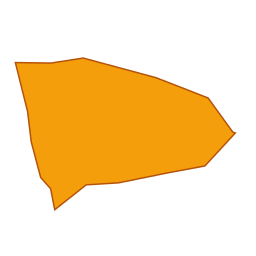 an SVG outline of Al Jifarah, rotated 85°
{"feature_id": "LBY-2973", "entity_name": "Al Jifarah", "entity_type": "Municipality", "adm_level": 1, "iso_a3": "LBY", "parent_name": "Libya", "parent_adm1": "", "projection": "equal_earth", "projection_center": [13.064, 32.491], "detail": "fine", "context": "isolated", "style": "filled", "palette": "amber", "viewbox_px": 256, "rotation_deg": 85, "n_neighbors": 0, "source": "natural_earth", "source_scale": "10m", "svg_char_len": 386}
<svg xmlns="http://www.w3.org/2000/svg" viewBox="0 0 256 256"><g transform="rotate(85 128 128)"><path d="M203.0,208.1L181.7,210.4L169.7,219.3L133.3,225.6L102.8,226.6L53.0,234.5L56.6,199.0L54.4,166.6L80.3,95.8L89.9,76.3L105.1,45.6L141.2,24.0L142.3,21.5L172.5,54.7L176.2,92.8L181.8,142.1L181.0,174.6L198.0,200.5L203.0,208.1Z" fill="#f59e0b" stroke="#b45309" stroke-width="1.5"/></g></svg>